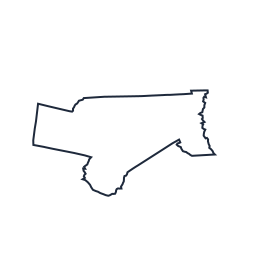 outline of Peabiru, Paraná, Brazil, rotated 324°
{"feature_id": "56859067B78247046057010", "entity_name": "Peabiru", "entity_type": "district", "adm_level": 2, "iso_a3": "BRA", "parent_name": "Brazil", "parent_adm1": "Paraná", "projection": "equal_earth", "projection_center": [-52.308, -23.93], "detail": "fine", "context": "isolated", "style": "outline", "palette": "slate", "viewbox_px": 256, "rotation_deg": 324, "n_neighbors": 0, "source": "geoboundaries", "source_scale": "gbopen_adm2", "svg_char_len": 1855}
<svg xmlns="http://www.w3.org/2000/svg" viewBox="0 0 256 256"><g transform="rotate(324 128 128)"><path d="M61.2,142.8L62.8,145.0L63.6,148.2L63.9,151.6L63.4,154.4L63.3,157.4L64.9,160.1L66.3,162.0L67.3,164.3L69.2,167.1L70.5,169.2L72.2,171.2L73.6,171.7L76.5,172.0L77.8,173.0L79.0,173.6L80.8,172.5L81.8,171.4L83.0,170.8L84.4,171.0L85.5,172.0L87.1,173.1L87.9,171.3L90.5,170.3L91.8,169.4L93.1,168.8L94.5,167.2L95.4,166.0L96.9,164.8L98.5,165.4L100.0,164.8L101.6,163.5L107.8,163.7L111.6,163.9L114.0,164.1L142.5,165.8L154.9,166.5L162.5,167.4L161.8,170.4L160.4,170.1L158.9,169.6L157.6,170.1L158.0,172.0L159.5,174.5L159.0,176.0L158.8,179.0L159.9,180.5L161.0,181.7L161.4,183.3L162.2,184.8L162.6,186.5L163.4,188.1L182.7,200.5L182.4,198.7L182.9,196.2L182.7,193.9L182.1,191.8L183.5,190.5L183.8,188.5L184.9,185.7L186.1,184.3L186.0,182.4L184.7,182.0L184.7,178.7L185.8,177.4L187.4,175.9L189.6,174.7L188.7,173.3L188.2,171.6L189.6,170.0L190.9,169.3L190.2,167.3L193.4,168.1L193.1,166.2L193.1,164.2L194.3,163.9L195.6,161.8L194.4,159.9L193.7,158.5L195.4,158.4L197.4,158.9L199.8,156.7L201.8,156.3L203.2,154.4L205.2,153.1L204.4,150.6L205.9,149.5L206.7,148.0L208.0,147.5L209.1,149.0L210.2,146.0L211.6,146.4L213.3,146.4L214.5,144.4L213.2,143.4L201.0,134.9L199.9,137.7L192.7,133.2L189.1,130.8L181.8,126.1L178.1,123.5L175.9,122.1L165.9,115.5L158.5,110.7L155.3,108.5L148.3,103.6L127.2,88.8L109.8,77.8L108.0,78.5L106.4,77.9L104.3,77.1L102.7,77.8L101.1,78.3L99.5,78.1L98.2,78.5L96.5,79.5L94.9,80.0L93.7,81.7L92.4,81.9L90.6,80.1L76.1,63.3L69.5,55.5L57.4,68.6L52.3,73.6L44.1,82.3L41.5,86.1L48.9,93.9L50.3,95.5L55.0,100.7L69.6,116.4L76.9,124.7L81.0,130.0L79.5,130.3L78.1,130.6L76.9,131.6L75.4,132.4L73.6,133.6L71.3,133.5L69.7,133.6L69.4,135.8L67.9,134.5L66.9,136.6L67.0,138.3L66.8,140.1L65.4,140.2L63.9,141.1L63.8,143.0L61.2,142.8Z" fill="none" stroke="#1e293b" stroke-width="2"/></g></svg>